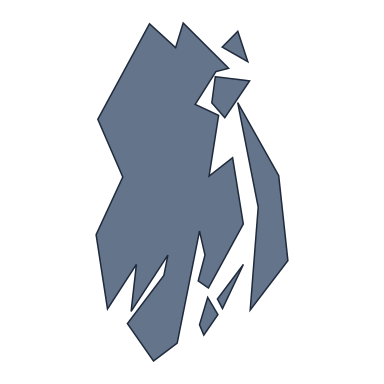 the Division of Barisal
{"feature_id": "BGD-2475", "entity_name": "Barisal", "entity_type": "Division", "adm_level": 1, "iso_a3": "BGD", "parent_name": "Bangladesh", "parent_adm1": "", "projection": "equal_earth", "projection_center": [90.394, 22.436], "detail": "coarse", "context": "isolated", "style": "filled", "palette": "slate", "viewbox_px": 384, "rotation_deg": 0, "n_neighbors": 0, "source": "natural_earth", "source_scale": "10m", "svg_char_len": 722}
<svg xmlns="http://www.w3.org/2000/svg" viewBox="0 0 384 384"><path d="M183.2,23.0L228.6,68.3L215.9,71.6L195.2,104.4L218.6,115.4L209.1,176.1L232.6,157.7L243.3,224.0L208.4,288.0L198.2,280.9L205.0,255.1L199.5,231.1L177.2,343.1L153.5,361.0L127.4,323.6L163.9,275.4L167.9,255.1L131.1,311.4L136.4,264.4L107.5,309.0L96.1,234.7L122.8,177.0L97.8,119.3L149.5,23.8L175.6,47.7L183.2,23.0ZM278.7,175.6L287.9,260.6L250.2,310.0L258.2,207.2L237.7,102.6L278.7,175.6ZM249.6,80.9L224.8,117.7L211.8,102.8L215.3,76.7L249.6,80.9ZM237.8,31.3L247.8,61.7L222.2,47.1L237.8,31.3ZM222.5,308.6L217.4,299.0L243.4,264.4L222.5,308.6ZM207.7,297.4L217.9,314.6L203.8,335.1L199.5,324.8L207.7,297.4Z" fill="#64748b" stroke="#1e293b" stroke-width="1.5"/></svg>